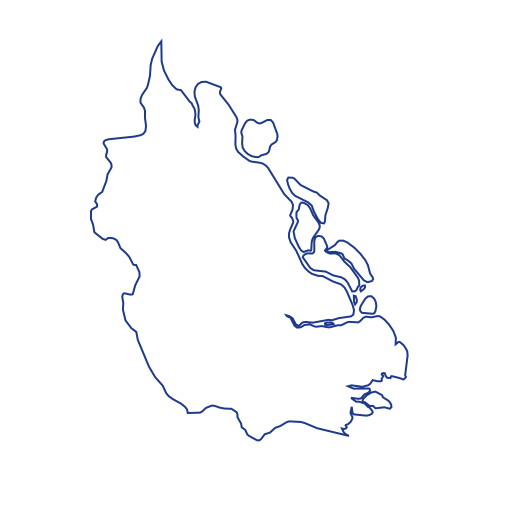 an SVG outline of Riau, rotated 18°
{"feature_id": "IDN-492", "entity_name": "Riau", "entity_type": "Province", "adm_level": 1, "iso_a3": "IDN", "parent_name": "Indonesia", "parent_adm1": "", "projection": "mercator", "projection_center": [102.223, 0.735], "detail": "fine", "context": "isolated", "style": "outline", "palette": "blue", "viewbox_px": 512, "rotation_deg": 18, "n_neighbors": 0, "source": "natural_earth", "source_scale": "10m", "svg_char_len": 6137}
<svg xmlns="http://www.w3.org/2000/svg" viewBox="0 0 512 512"><g transform="rotate(18 256 256)"><path d="M99.6,81.1L106.2,100.3L111.2,108.1L118.3,115.3L123.4,119.3L128.9,122.0L133.5,121.5L145.3,129.7L147.6,130.6L149.5,132.8L151.7,134.5L153.3,137.1L154.7,140.1L155.6,145.4L156.6,148.2L158.2,150.3L160.5,151.2L160.0,149.6L160.6,145.7L158.3,141.8L156.6,135.3L154.6,130.9L148.6,123.3L146.7,118.8L146.4,114.3L147.6,110.4L150.3,107.4L154.6,105.7L170.4,106.4L171.2,107.4L171.0,111.2L172.1,113.3L183.1,120.5L194.4,129.9L196.1,132.0L196.9,134.2L197.0,142.4L199.4,147.9L201.9,156.2L203.8,159.8L206.6,162.4L213.1,165.3L220.1,167.5L222.5,167.6L230.3,166.2L234.0,166.0L237.6,167.0L240.4,168.6L263.8,188.5L273.1,193.4L275.5,196.2L276.4,200.6L275.9,206.7L276.8,207.8L278.3,208.4L280.7,211.4L281.0,213.1L280.3,220.5L280.4,224.2L281.7,228.2L284.8,232.3L292.6,238.5L302.6,249.4L306.3,252.3L310.7,254.5L314.8,255.7L320.9,255.7L325.8,254.5L336.8,256.4L346.0,256.8L349.9,258.6L353.4,261.7L363.2,273.0L365.9,277.1L366.7,281.6L365.0,284.1L354.1,289.4L348.1,293.6L344.5,294.4L330.5,301.9L323.8,303.3L322.0,304.1L320.5,305.3L318.6,308.8L317.6,309.2L315.0,308.7L310.0,303.9L305.9,302.9L303.1,303.0L304.0,303.7L307.9,304.1L314.2,310.4L317.2,311.4L320.5,310.0L323.6,306.5L328.5,304.4L333.0,304.9L335.1,304.7L340.3,302.3L346.8,301.5L348.5,300.9L355.2,296.6L358.5,295.5L363.3,290.8L365.1,289.8L373.8,287.5L375.2,285.7L377.2,281.6L379.3,279.7L384.7,278.7L390.1,275.6L392.6,275.1L398.3,277.0L404.0,280.3L409.8,284.9L414.3,290.5L416.1,296.8L417.9,294.0L418.8,293.4L419.8,293.5L424.1,295.3L428.0,298.5L429.3,300.0L430.9,303.6L434.7,323.3L436.0,324.8L434.9,327.4L433.9,327.9L430.5,327.7L422.3,328.3L421.6,328.7L421.6,330.5L418.3,331.3L416.6,330.2L414.7,327.7L413.3,328.0L412.1,329.0L412.3,330.0L413.6,330.3L414.1,331.0L413.4,333.8L414.2,335.8L413.2,336.7L410.1,337.6L405.3,338.0L404.2,342.0L402.7,344.2L397.7,347.5L386.8,349.5L383.8,351.4L389.8,352.0L404.8,347.0L406.1,348.8L405.3,351.0L401.7,354.4L399.8,359.1L397.2,360.3L391.0,361.3L391.0,361.9L396.3,363.6L399.1,362.7L405.2,362.7L408.8,364.8L410.9,365.1L414.6,367.5L415.3,368.6L414.7,370.5L412.9,372.3L410.4,373.7L398.0,376.4L396.4,375.6L393.6,369.8L394.4,376.1L397.7,379.7L397.8,381.9L397.1,384.8L395.6,387.4L393.6,388.9L393.6,389.6L395.2,390.7L394.9,392.1L393.3,393.3L391.0,393.5L393.9,396.5L396.2,397.7L400.0,398.4L367.4,400.9L353.8,399.8L349.9,400.0L339.0,402.9L336.7,404.3L331.7,410.1L327.3,413.6L323.8,419.7L319.4,422.8L317.2,429.0L315.8,430.5L313.7,430.9L305.1,429.3L303.0,428.5L299.5,424.7L295.4,423.4L293.6,420.0L288.1,414.9L287.4,412.5L285.9,410.6L279.9,408.9L273.2,410.8L268.5,411.4L262.9,411.3L260.2,411.9L255.5,415.8L252.6,420.8L251.1,422.3L239.6,426.4L237.9,423.3L235.1,421.4L230.4,419.6L221.2,417.8L216.1,416.2L212.9,414.1L207.3,408.1L197.4,402.3L188.3,394.2L169.5,372.3L165.6,365.2L159.8,363.2L151.8,357.6L145.9,347.9L144.3,341.6L141.6,336.6L141.2,334.6L141.5,332.8L142.5,332.1L148.1,331.6L150.1,330.9L150.6,330.3L150.2,321.2L151.6,311.4L150.1,307.4L144.8,301.6L142.4,302.2L141.7,301.9L135.6,295.9L131.6,293.5L124.6,290.4L120.5,285.6L118.5,284.0L115.2,283.3L112.2,283.7L109.9,284.5L108.0,287.1L104.9,287.1L95.0,283.4L91.2,276.3L87.7,271.9L85.2,264.3L85.6,262.3L89.4,258.4L89.4,257.0L88.5,255.6L86.2,253.8L86.0,251.2L86.1,249.2L87.1,246.3L89.9,242.6L90.5,230.9L89.6,224.2L91.2,216.5L90.4,213.9L88.9,212.1L82.9,208.2L82.2,206.3L82.2,202.9L81.5,200.6L76.3,196.1L76.0,194.1L77.0,192.5L79.6,190.6L103.2,180.1L109.2,176.6L111.2,174.4L112.2,171.3L111.3,166.5L107.6,158.6L105.6,152.3L103.7,149.6L98.7,145.8L97.6,142.0L97.9,138.0L100.2,130.0L100.4,127.2L99.5,117.4L96.8,106.9L96.3,100.3L97.7,86.7L99.6,81.1ZM361.7,247.7L363.3,252.0L362.5,253.8L362.0,257.4L361.1,258.9L358.5,260.0L351.1,252.7L347.7,250.7L343.6,249.9L335.4,250.6L327.2,249.3L315.3,251.7L311.3,250.6L300.8,242.7L301.1,240.7L302.5,238.8L304.5,237.4L308.7,236.3L309.8,235.0L309.9,233.2L306.9,224.1L306.6,220.3L308.7,217.7L312.4,217.1L315.2,218.5L320.9,225.0L321.0,226.3L319.9,229.5L321.5,230.4L325.5,230.9L330.8,228.9L335.1,229.5L341.7,234.0L349.1,237.5L359.9,245.4L361.7,247.7ZM231.1,123.9L238.5,133.3L239.6,135.8L240.1,139.4L239.4,141.6L236.3,145.2L235.6,147.6L236.0,151.9L235.7,153.7L234.3,155.7L229.6,158.9L228.0,161.1L225.7,161.9L221.1,162.4L216.6,161.5L212.8,159.7L209.8,157.0L208.0,153.2L206.2,146.6L203.8,143.1L203.5,141.1L204.6,133.1L205.8,130.1L208.0,128.2L211.6,127.4L216.6,129.0L218.5,128.8L220.0,127.9L224.7,123.2L228.0,122.1L231.1,123.9ZM307.2,207.3L307.8,209.5L307.5,211.8L304.7,220.9L304.5,223.2L304.7,225.6L306.7,233.2L306.4,234.1L303.8,234.5L300.1,237.5L297.2,236.8L293.8,234.0L287.4,227.0L284.1,221.0L285.3,210.9L285.0,209.2L283.1,207.7L282.1,205.7L281.0,201.9L282.3,198.3L281.7,194.3L282.0,192.3L282.6,191.2L283.9,190.8L286.0,190.8L289.7,191.7L292.7,193.9L297.8,199.6L305.1,204.9L307.2,207.3ZM309.4,195.6L310.9,202.2L310.7,203.9L307.7,204.5L303.5,201.8L297.5,196.0L293.4,190.8L289.1,188.9L274.6,186.7L270.9,184.9L267.2,181.5L264.3,177.9L262.1,174.2L262.5,171.4L266.9,170.2L268.7,170.6L276.4,174.7L290.3,176.9L294.2,176.9L298.1,178.8L306.2,181.0L308.8,183.5L309.4,188.1L309.4,195.6ZM370.0,237.5L373.5,240.2L374.6,241.9L373.9,244.1L370.0,246.5L366.1,245.8L353.2,237.8L348.9,233.5L344.3,231.7L340.9,231.0L337.7,227.5L336.1,227.1L330.1,227.5L323.9,229.9L321.9,229.6L321.8,228.4L327.6,221.4L329.2,217.3L330.5,215.7L334.3,214.4L338.8,214.9L346.9,217.7L354.7,221.7L361.4,226.3L365.3,230.2L370.0,237.5ZM426.3,352.6L428.4,353.7L430.5,355.6L431.5,357.9L430.5,359.9L424.9,360.2L416.7,363.9L413.6,362.4L410.3,363.5L404.9,361.4L402.2,361.9L402.1,358.7L404.4,354.2L408.0,350.1L411.4,348.1L418.2,349.2L419.4,349.8L420.2,351.1L426.3,352.6ZM386.0,266.5L386.6,271.4L386.2,273.9L384.8,274.9L374.2,277.3L372.5,276.3L371.3,274.8L371.0,271.5L373.1,262.8L375.0,259.8L378.2,258.6L381.5,260.0L384.1,262.7L386.0,266.5ZM365.5,266.6L366.0,269.0L365.2,271.4L363.4,269.3L361.3,263.5L363.1,263.4L365.5,266.6ZM368.7,250.4L369.4,251.7L369.0,253.8L366.7,257.2L365.6,256.1L365.2,253.5L366.9,251.1L368.7,250.4ZM342.4,298.7L343.8,297.5L346.7,296.4L349.5,295.9L350.8,296.8L345.8,299.4L343.1,299.9L342.4,298.7Z" fill="none" stroke="#1e3a8a" stroke-width="2"/></g></svg>